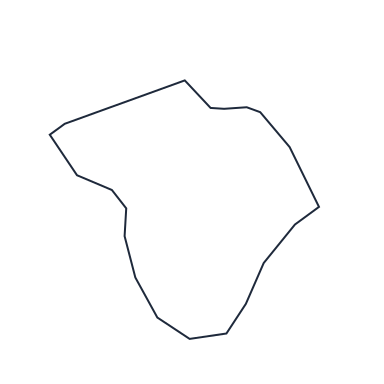 map outline of Beirut (Robinson projection), rotated 232°
{"feature_id": "LBN-3024", "entity_name": "Beirut", "entity_type": "Province", "adm_level": 1, "iso_a3": "LBN", "parent_name": "Lebanon", "parent_adm1": "", "projection": "robinson", "projection_center": [35.507, 33.887], "detail": "fine", "context": "isolated", "style": "outline", "palette": "slate", "viewbox_px": 384, "rotation_deg": 232, "n_neighbors": 0, "source": "natural_earth", "source_scale": "10m", "svg_char_len": 411}
<svg xmlns="http://www.w3.org/2000/svg" viewBox="0 0 384 384"><g transform="rotate(232 192 192)"><path d="M102.1,282.9L103.0,253.1L91.9,204.8L70.7,165.6L59.3,132.0L77.7,99.7L114.4,87.4L159.5,94.7L198.7,111.7L219.6,130.1L242.9,130.1L276.0,111.7L324.7,115.2L324.1,133.7L284.4,255.0L246.8,258.4L237.8,268.5L225.1,287.3L212.9,294.9L167.3,296.6L102.1,282.9Z" fill="none" stroke="#1e293b" stroke-width="2"/></g></svg>